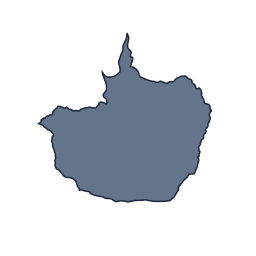 outline of Miraflores, Boyacá, Colombia, rotated 62°
{"feature_id": "7082276B88451081868443", "entity_name": "Miraflores", "entity_type": "district", "adm_level": 2, "iso_a3": "COL", "parent_name": "Colombia", "parent_adm1": "Boyacá", "projection": "natural_earth1", "projection_center": [-73.201, 5.152], "detail": "fine", "context": "isolated", "style": "filled", "palette": "slate", "viewbox_px": 256, "rotation_deg": 62, "n_neighbors": 0, "source": "geoboundaries", "source_scale": "gbopen_adm2", "svg_char_len": 5705}
<svg xmlns="http://www.w3.org/2000/svg" viewBox="0 0 256 256"><g transform="rotate(62 128 128)"><path d="M82.2,204.9L82.9,204.0L85.6,202.0L85.9,201.8L87.5,201.7L88.3,201.1L89.3,200.6L92.0,199.6L92.3,199.3L92.8,198.4L93.1,198.1L94.2,197.7L97.6,196.9L98.6,196.9L99.2,197.1L99.6,197.4L99.8,197.9L100.2,199.0L100.5,199.3L101.2,199.8L101.9,200.1L103.0,201.0L103.8,201.5L104.8,201.8L105.8,201.8L107.0,202.3L108.4,203.0L109.4,203.3L111.9,203.4L115.0,204.1L116.0,204.0L116.6,204.1L118.4,205.2L119.9,205.7L120.4,206.0L121.2,206.6L122.6,207.9L122.9,207.9L123.7,208.4L125.1,208.7L126.2,209.7L127.1,210.1L129.3,210.5L130.4,210.3L132.9,208.8L133.8,208.4L135.5,208.1L137.1,207.9L138.7,207.5L139.4,207.3L140.6,207.1L141.4,206.7L142.0,206.3L144.5,202.8L146.0,201.1L147.2,200.1L148.8,199.5L150.0,199.3L151.9,199.2L156.0,200.0L156.5,200.0L157.1,199.7L158.7,199.5L159.3,200.0L159.9,200.2L160.2,200.1L160.4,199.8L160.6,198.6L160.9,197.9L161.5,197.2L162.5,196.8L163.4,195.4L165.1,193.5L166.3,191.8L166.8,191.7L168.0,192.1L168.6,191.7L172.5,188.2L177.2,182.4L179.3,181.1L180.1,180.0L181.7,177.4L182.8,175.9L183.4,175.4L185.0,174.9L185.6,174.4L186.6,174.0L187.2,173.4L187.8,172.1L188.6,169.2L189.1,168.3L191.3,164.9L192.1,164.0L192.5,163.8L193.2,162.8L193.5,162.1L194.8,157.3L195.2,156.2L195.4,155.7L196.0,154.3L198.1,150.1L199.1,147.7L199.6,146.2L201.4,144.2L204.5,140.2L205.4,138.7L207.5,134.9L210.0,129.8L211.4,126.4L211.7,125.0L211.6,124.2L211.3,122.9L210.7,120.9L210.4,119.6L209.3,117.5L208.6,116.7L208.2,115.6L207.3,114.4L206.9,113.4L206.5,113.0L206.5,112.6L205.9,112.0L205.1,112.0L204.6,111.3L203.9,111.3L203.8,110.8L203.6,110.7L203.3,110.9L203.0,110.7L203.0,109.8L203.2,108.9L202.7,108.5L202.3,107.7L202.0,106.6L201.3,105.6L200.8,104.2L200.0,102.4L199.6,99.9L198.7,97.9L197.7,96.7L197.5,95.6L197.6,95.2L198.4,93.6L199.3,91.5L199.3,90.8L198.4,89.4L197.8,88.9L197.4,88.4L196.0,86.9L195.4,85.9L194.3,84.7L193.3,84.0L189.5,80.5L188.4,80.2L186.9,80.3L186.5,80.2L186.3,78.9L186.1,78.5L184.2,77.2L183.7,76.7L183.0,75.7L182.5,75.6L182.0,75.8L181.6,75.8L180.5,75.7L179.6,75.1L178.3,74.8L178.0,74.7L176.4,71.7L175.2,71.0L173.5,69.2L172.8,67.8L172.6,66.5L172.2,65.8L170.2,65.1L170.0,64.9L169.2,63.5L168.8,62.1L167.8,60.7L167.3,60.5L166.1,60.7L165.8,60.5L165.1,59.3L164.9,58.2L164.6,57.5L163.8,56.5L163.1,56.0L162.2,55.6L161.8,55.3L161.5,54.9L161.0,53.7L160.6,53.0L160.0,52.8L159.3,52.2L159.1,51.8L158.0,50.6L157.3,50.5L155.6,50.4L154.9,50.0L154.3,49.9L153.7,49.1L152.9,48.4L152.7,47.9L152.4,46.7L152.2,46.5L151.2,46.2L151.1,46.8L150.7,46.9L147.9,45.6L146.3,45.5L145.4,45.6L144.9,45.8L144.7,46.4L144.5,46.6L143.7,47.0L143.4,47.2L143.1,48.0L142.7,48.3L142.5,48.6L142.2,48.8L141.0,48.2L139.9,48.5L138.2,47.7L137.6,47.7L136.4,48.3L135.4,47.7L133.8,47.9L133.4,47.9L133.1,47.7L132.6,47.3L132.3,46.6L132.1,46.4L130.8,46.4L130.3,46.1L129.1,46.0L128.0,45.6L127.8,45.7L127.6,46.0L127.1,46.1L126.6,46.1L126.2,46.3L126.0,46.8L126.2,47.9L126.0,48.6L124.8,49.2L123.9,49.3L123.6,49.0L121.1,48.7L120.8,48.9L120.4,49.2L119.7,49.4L119.1,50.0L118.6,49.9L118.0,50.2L117.6,50.1L117.2,49.7L115.3,49.4L113.9,50.3L113.0,51.4L112.4,51.7L111.8,51.8L109.7,52.6L108.8,53.3L108.5,54.3L107.5,56.1L107.1,57.6L107.2,58.7L107.2,59.6L107.0,60.2L106.9,61.3L107.5,63.8L108.3,65.3L108.4,65.9L108.3,66.7L107.6,67.7L106.9,69.3L106.7,69.9L106.7,70.2L106.9,71.0L106.9,72.6L106.2,73.4L105.5,74.4L105.0,75.0L104.2,75.0L103.9,75.6L103.4,76.1L102.9,76.3L102.0,77.2L101.8,77.6L101.7,79.6L101.0,81.5L100.5,82.1L99.5,82.8L99.0,83.2L98.1,84.9L97.4,85.4L95.7,87.4L93.4,89.4L92.9,90.0L91.7,90.5L91.3,91.0L90.1,92.1L88.6,93.0L87.7,93.2L86.2,93.2L85.6,93.0L83.7,92.7L82.3,92.7L81.4,93.0L79.9,93.1L79.2,93.4L77.9,94.3L76.9,94.8L76.3,95.4L76.0,96.0L75.5,96.6L75.0,96.8L74.8,96.9L70.0,92.1L68.5,90.9L67.8,90.9L67.4,91.0L66.7,92.2L66.0,92.6L65.5,92.1L64.0,91.0L63.4,90.0L62.6,89.5L62.1,89.5L61.7,89.6L59.9,89.8L58.7,90.4L57.7,90.5L56.3,90.3L55.1,89.8L54.1,89.2L52.7,88.0L52.1,87.6L49.9,85.8L48.8,85.1L48.1,84.8L47.0,84.6L45.2,84.5L44.6,84.3L44.3,84.4L45.0,85.3L46.9,86.3L47.4,86.7L50.5,90.3L53.2,93.9L54.0,94.4L55.6,95.0L56.7,95.7L57.9,97.0L58.8,98.4L60.4,100.3L61.4,101.2L64.5,104.6L65.6,105.4L66.8,106.0L68.4,106.2L69.2,106.3L73.5,107.9L74.5,108.5L75.5,111.6L75.8,114.0L75.8,115.1L75.7,116.8L75.2,118.6L74.8,119.5L73.4,122.1L72.5,123.1L71.0,123.9L69.6,124.2L66.7,124.4L67.9,125.0L68.3,125.1L71.5,125.5L74.9,126.1L76.6,126.1L79.3,126.7L81.8,127.7L83.9,129.0L84.5,129.4L85.1,130.6L86.2,133.1L86.9,134.2L87.7,134.7L88.7,134.9L89.6,134.8L90.3,134.5L91.4,133.7L91.8,133.6L93.8,134.1L94.6,134.4L96.6,135.6L96.6,135.9L95.8,136.7L94.3,137.5L93.6,138.2L93.0,138.9L92.1,140.3L92.2,140.5L92.2,141.4L92.5,142.2L94.0,143.2L94.1,143.6L94.1,144.7L94.3,145.2L95.1,146.7L95.1,147.0L94.8,147.7L94.5,148.1L94.1,149.1L93.9,149.2L93.7,149.8L93.3,150.0L92.6,151.0L91.8,151.7L91.6,152.1L91.2,153.2L91.0,154.5L90.3,155.9L89.9,157.3L89.7,159.2L89.2,160.9L89.3,161.3L90.1,162.7L90.1,163.1L89.5,163.8L89.1,164.9L88.6,165.1L88.5,165.3L88.4,165.9L87.9,166.2L87.8,166.4L87.6,168.0L87.4,168.2L86.2,168.8L85.0,169.6L84.5,170.0L84.2,170.7L83.8,171.1L82.6,171.7L80.8,172.3L80.8,172.9L80.9,173.9L80.7,174.9L80.5,175.2L79.9,175.3L79.2,175.8L78.3,176.7L78.0,177.4L77.7,177.7L77.4,177.6L77.0,177.8L76.9,178.5L76.3,179.0L75.9,179.6L75.9,179.9L76.2,180.3L76.7,180.7L77.0,181.1L77.2,183.2L77.7,184.2L77.6,185.2L77.8,185.5L78.1,185.4L78.3,185.6L78.3,186.4L78.4,186.6L78.6,186.8L79.1,187.1L79.6,187.8L80.6,188.4L80.8,188.8L80.7,189.3L80.1,190.2L79.8,191.0L80.1,192.5L79.6,193.2L79.5,193.6L79.5,194.3L80.3,196.5L80.4,196.9L79.8,197.4L79.6,197.8L80.0,198.5L79.8,199.1L79.8,199.3L79.9,199.5L80.4,199.8L80.1,200.3L80.1,200.8L80.5,201.2L81.5,201.6L81.7,201.8L82.2,204.9Z" fill="#64748b" stroke="#1e293b" stroke-width="1.5"/></g></svg>